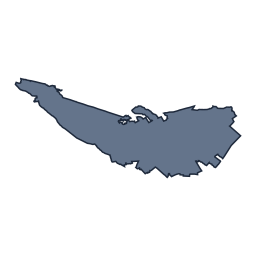 Cotnari, Iasi, Romania
{"feature_id": "2599482B18683824737313", "entity_name": "Cotnari", "entity_type": "district", "adm_level": 2, "iso_a3": "ROU", "parent_name": "Romania", "parent_adm1": "Iasi", "projection": "natural_earth1", "projection_center": [26.928, 47.355], "detail": "fine", "context": "isolated", "style": "filled", "palette": "slate", "viewbox_px": 256, "rotation_deg": 0, "n_neighbors": 0, "source": "geoboundaries", "source_scale": "gbopen_adm2", "svg_char_len": 5854}
<svg xmlns="http://www.w3.org/2000/svg" viewBox="0 0 256 256"><path d="M61.7,90.4L61.7,90.1L60.9,90.4L60.6,90.4L59.2,89.5L57.4,89.1L56.6,89.6L55.3,87.7L54.4,87.0L55.1,86.4L55.1,86.1L54.5,85.9L53.0,85.7L52.5,85.5L52.1,85.7L51.9,85.6L51.4,85.9L50.9,85.8L50.6,86.1L50.4,86.1L49.7,86.4L48.7,86.2L48.4,86.0L48.0,86.0L47.9,85.6L47.2,85.1L46.5,85.2L45.8,84.4L45.0,83.9L42.4,83.5L35.7,81.8L30.7,80.7L30.3,81.1L30.1,80.7L29.7,80.6L26.6,80.0L25.8,79.5L25.4,79.7L24.3,79.4L23.6,79.6L23.3,79.2L21.5,78.9L20.8,78.6L20.7,78.9L21.2,79.7L21.3,80.4L21.0,80.9L20.7,81.7L20.7,82.1L20.8,82.6L20.6,82.8L19.6,83.2L19.0,83.3L16.2,82.4L15.4,84.3L16.2,85.3L16.8,85.9L18.4,87.5L18.8,88.1L20.4,89.6L21.1,89.9L21.5,89.9L22.4,90.4L25.5,91.0L28.2,92.6L28.6,93.1L29.8,93.5L31.0,94.6L31.2,94.9L32.2,95.8L35.5,96.1L36.0,96.0L36.8,96.2L37.0,97.6L36.8,98.0L36.1,97.8L35.4,98.3L35.1,98.8L35.2,99.3L35.0,99.6L35.1,100.3L34.2,100.9L34.5,101.3L34.1,101.6L34.4,101.9L36.4,101.5L37.2,101.6L38.5,101.1L38.9,103.1L39.3,103.8L39.3,104.6L39.8,105.4L40.9,106.5L42.6,107.8L43.6,108.1L44.5,109.3L46.7,111.0L47.2,111.7L48.0,112.5L48.4,112.7L52.2,115.8L52.9,116.0L55.8,118.5L57.0,120.5L57.4,121.7L60.2,125.2L61.2,125.8L62.5,127.3L65.1,128.8L75.9,137.3L76.6,137.9L87.4,143.3L90.1,143.7L92.7,144.4L93.3,144.4L94.1,144.1L94.8,144.1L95.6,145.0L96.4,145.5L96.6,145.8L96.5,146.2L98.0,148.0L98.9,148.5L100.1,149.9L101.3,150.6L101.7,151.3L102.7,152.2L103.8,152.6L105.0,153.4L108.1,154.4L109.7,155.1L110.1,155.2L110.0,155.7L110.5,156.7L110.4,157.0L111.3,159.7L111.3,160.2L111.9,161.6L112.1,161.9L112.6,162.0L115.8,161.4L117.4,163.3L117.8,163.3L119.8,164.4L120.8,164.2L121.2,164.7L124.5,166.5L124.2,165.0L126.0,164.6L125.7,163.1L125.9,163.0L126.2,164.2L127.6,163.8L128.6,163.8L130.0,163.6L130.6,163.8L131.1,163.5L131.9,163.4L132.4,163.0L131.7,161.4L133.8,161.4L138.5,161.1L136.8,165.0L136.4,166.3L136.4,166.7L136.2,167.1L135.8,167.4L136.9,168.5L137.7,168.8L138.0,168.7L139.5,167.9L139.7,168.2L139.5,168.9L139.8,169.5L140.5,169.7L141.1,169.3L145.2,173.7L147.3,172.5L147.6,173.0L148.0,172.7L148.1,172.8L149.4,172.3L149.2,172.0L149.8,170.8L150.1,171.1L151.7,170.1L155.3,167.1L157.0,168.2L161.3,172.1L164.0,174.5L164.8,175.0L167.2,177.4L167.9,176.6L168.1,176.1L168.6,173.6L169.4,173.6L169.1,174.8L170.2,175.1L171.5,176.6L174.8,175.0L176.9,174.2L178.9,173.7L179.7,173.8L180.1,174.0L180.1,174.8L183.4,175.0L183.3,176.0L187.2,176.2L189.5,176.3L189.7,174.4L190.2,174.1L194.7,174.1L197.6,174.6L197.5,172.8L201.7,170.9L199.7,167.9L195.7,161.1L196.1,160.9L196.8,161.6L197.7,161.8L198.5,161.4L198.4,160.6L199.1,160.6L200.5,161.8L200.9,162.0L201.2,161.9L202.4,162.5L203.1,163.4L204.2,163.9L204.9,164.7L206.6,165.5L208.9,162.9L208.9,163.1L209.2,163.3L209.8,163.3L210.4,163.6L210.7,163.9L211.8,164.1L212.1,165.1L213.3,165.7L213.9,166.8L214.4,167.0L215.0,167.4L215.4,167.5L215.8,167.1L216.2,166.9L217.9,164.7L218.3,164.5L220.5,161.4L220.5,161.2L220.1,160.8L214.8,156.9L214.8,156.6L215.0,156.2L215.8,155.5L216.2,155.4L216.9,154.8L217.0,154.6L217.8,154.3L218.1,155.1L218.9,155.5L219.4,156.2L220.2,156.8L220.8,156.9L222.0,157.8L222.4,158.3L222.7,158.6L224.4,156.2L231.2,145.5L240.6,135.8L229.6,126.1L230.5,125.5L230.8,125.0L232.8,123.0L233.3,122.2L233.9,121.7L232.8,119.6L232.4,118.6L236.3,115.9L235.6,115.2L235.3,115.1L235.0,114.5L234.7,114.3L234.6,113.9L234.5,113.2L234.1,112.2L233.6,111.7L232.8,111.3L232.5,110.5L232.3,110.3L231.8,110.6L231.7,109.7L232.0,108.8L232.0,108.0L231.5,107.1L231.1,106.9L230.7,106.9L229.9,107.2L226.6,107.1L223.5,108.5L218.6,108.4L217.4,108.2L217.0,107.5L215.9,106.5L215.0,106.7L212.9,106.1L212.9,107.0L212.7,107.3L211.6,108.0L211.3,108.4L210.6,108.6L210.0,108.5L209.9,108.7L207.2,109.5L203.8,109.6L199.0,109.5L197.3,110.3L192.1,109.6L192.6,108.8L193.9,107.1L194.4,106.0L189.4,107.5L186.4,108.2L180.0,110.0L179.6,110.0L178.0,110.7L173.3,112.0L169.5,112.1L166.7,112.8L165.1,112.8L163.8,113.2L164.5,113.7L164.7,114.7L166.0,115.5L167.2,115.8L167.3,117.0L167.2,117.4L167.1,117.6L167.5,118.2L167.6,118.5L166.5,119.2L166.3,120.1L163.7,121.1L161.2,116.8L158.0,118.1L157.9,117.3L157.5,116.7L156.8,116.2L156.6,115.4L155.0,114.4L153.0,113.9L152.2,113.2L152.4,113.1L151.6,112.5L150.7,111.3L150.4,111.3L148.2,109.7L147.6,109.5L146.4,109.6L145.5,109.2L144.9,108.8L144.2,107.7L142.1,107.1L141.7,106.5L140.5,106.1L138.3,106.0L138.0,106.7L136.8,107.2L136.6,107.1L135.7,107.1L134.2,108.4L133.5,108.9L132.0,110.2L131.9,110.5L132.8,111.8L135.1,113.5L142.0,113.8L142.3,113.9L143.0,114.7L144.6,114.4L146.0,115.9L146.6,116.8L147.1,116.5L147.8,117.1L150.8,120.9L151.8,120.2L152.2,120.6L148.9,122.6L146.3,118.7L145.4,117.7L143.1,119.0L142.3,118.0L140.8,117.0L140.0,116.8L139.7,116.9L139.1,116.7L138.0,116.7L136.8,117.1L137.0,117.3L137.6,117.2L137.0,117.8L137.0,118.3L137.4,119.1L137.6,119.7L138.7,120.8L135.2,122.7L134.8,122.1L134.5,121.1L133.3,121.5L132.3,121.2L129.6,121.6L128.7,120.2L128.3,120.3L127.4,120.6L127.0,121.1L126.7,122.1L126.6,122.9L126.3,122.9L126.3,123.4L125.1,123.2L124.7,123.3L124.8,124.2L123.3,124.4L123.1,124.2L122.5,124.0L121.9,123.2L122.4,122.8L122.1,122.6L121.7,122.7L121.2,122.5L120.9,122.2L120.5,122.1L119.9,122.4L119.4,123.0L118.4,121.6L118.4,121.2L118.7,121.0L118.9,121.0L118.8,120.6L120.7,120.4L120.5,119.3L120.8,118.9L121.1,118.9L121.4,119.6L121.8,119.6L122.4,120.6L123.5,121.0L123.6,120.7L122.7,120.5L123.0,120.0L123.7,120.1L124.0,119.5L125.2,119.7L125.2,120.1L125.6,120.2L125.6,120.4L128.9,119.3L129.8,118.6L130.7,118.4L130.6,118.2L130.8,118.0L130.7,117.9L130.2,117.4L129.5,117.1L128.5,116.3L128.1,115.6L126.5,116.3L126.0,115.4L125.0,115.8L124.5,116.4L123.1,117.1L107.7,112.1L105.4,111.2L98.3,109.0L93.4,107.2L88.0,105.8L83.3,104.1L77.7,102.4L76.1,101.8L76.0,101.6L75.6,101.6L72.6,100.6L70.4,99.8L62.8,97.6L62.5,97.3L62.5,96.7L62.2,96.1L61.3,95.1L59.7,94.0L59.4,93.0L58.8,92.3L57.2,91.2L57.6,90.4L58.0,90.6L59.2,90.4L60.5,90.9L61.7,90.4Z" fill="#64748b" stroke="#1e293b" stroke-width="1.5"/></svg>